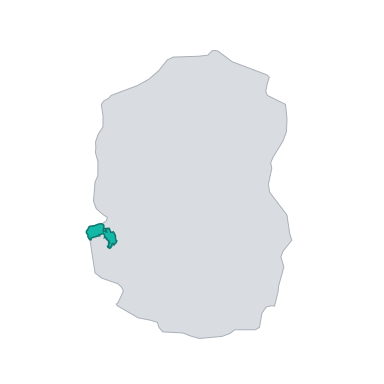 Jegunovtse, Jegunovce, North Macedonia (highlighted), rotated 287°
{"feature_id": "65306769B4612015917677", "entity_name": "Jegunovtse", "entity_type": "district", "adm_level": 2, "iso_a3": "MKD", "parent_name": "North Macedonia", "parent_adm1": "Jegunovce", "projection": "mercator", "projection_center": [21.125, 42.1], "detail": "fine", "context": "in_parent", "style": "filled", "palette": "teal", "viewbox_px": 384, "rotation_deg": 287, "n_neighbors": 0, "source": "geoboundaries", "source_scale": "gbopen_adm2", "svg_char_len": 2704}
<svg xmlns="http://www.w3.org/2000/svg" viewBox="0 0 384 384"><g transform="rotate(287 192 192)"><path d="M173.7,96.4L179.9,97.2L193.3,93.3L201.7,88.0L206.0,87.2L211.7,85.1L219.9,85.4L228.2,87.8L238.7,84.7L249.1,79.7L253.2,81.0L257.7,85.2L260.7,86.4L277.9,108.7L287.3,117.8L298.3,124.7L311.0,129.7L315.5,134.5L323.6,158.2L327.5,167.2L332.8,169.8L334.1,172.4L334.3,175.8L328.3,192.4L325.9,229.5L324.4,232.4L318.0,232.3L309.7,233.1L306.4,235.9L303.1,255.8L289.6,261.5L277.3,264.7L267.0,264.0L248.8,259.3L242.9,258.7L237.8,261.4L221.6,262.8L214.5,266.3L197.8,289.5L180.9,297.5L175.1,301.5L162.2,296.4L156.0,295.9L147.1,301.8L127.5,302.3L122.2,303.4L107.1,304.3L106.4,301.1L103.6,296.5L96.6,294.3L82.2,296.1L78.7,292.7L72.7,273.1L68.1,269.9L62.9,263.3L54.1,241.9L53.9,232.5L54.5,224.3L49.7,205.0L52.7,200.1L57.2,197.0L57.2,189.2L55.9,177.4L61.3,154.1L62.7,152.4L64.1,153.5L77.1,155.4L80.4,152.4L82.6,147.8L83.2,130.8L86.3,122.9L117.7,107.8L126.9,107.3L134.0,114.2L139.6,118.6L143.0,118.5L144.2,114.0L148.0,105.4L154.4,100.5L173.5,96.3L173.7,96.4Z" fill="#d9dde1" stroke="#a8b0b8" stroke-width="1"/><path d="M127.7,131.6L129.6,130.0L130.9,128.3L130.2,127.6L130.0,126.6L129.6,126.2L133.0,123.4L132.5,123.0L132.7,122.1L132.2,121.9L131.8,119.9L131.4,119.5L130.6,120.3L130.6,120.9L128.7,122.0L128.7,121.2L129.1,120.5L129.1,119.1L128.2,118.8L128.7,118.5L129.9,118.5L130.9,118.1L132.5,118.2L133.2,117.7L134.1,117.5L134.8,116.9L134.8,116.7L135.0,116.2L135.1,115.3L135.1,115.0L135.1,114.5L134.9,113.7L134.7,113.3L134.1,112.3L133.9,112.0L133.7,111.5L133.2,111.0L132.5,110.1L132.0,109.4L131.7,109.0L131.2,108.6L130.8,107.5L130.5,106.8L130.4,106.6L129.9,105.7L129.7,105.0L129.5,104.7L129.2,104.1L129.0,103.9L128.9,103.9L128.6,103.8L127.7,103.6L127.2,103.5L126.1,103.3L125.6,103.2L125.0,103.2L124.5,102.9L124.4,102.6L123.8,102.5L123.3,102.6L122.9,102.7L122.4,102.8L121.8,103.2L121.6,103.5L121.5,103.8L121.0,104.5L120.4,105.0L120.0,105.2L119.5,105.3L119.1,105.4L118.4,105.9L118.0,106.3L117.7,106.6L117.2,107.2L117.1,107.3L116.8,107.9L116.4,108.4L116.9,109.5L117.7,109.0L118.7,109.2L121.1,113.0L122.0,113.8L121.8,114.2L122.8,115.5L123.1,116.4L124.1,115.6L124.4,116.7L126.3,118.9L126.0,119.6L125.9,120.2L124.6,121.3L123.4,121.5L123.6,121.6L123.1,122.0L123.4,122.4L123.0,123.1L122.6,123.2L122.4,124.2L121.9,124.0L121.5,124.6L121.0,126.8L120.4,126.7L120.1,127.3L119.6,127.0L119.2,128.1L118.4,127.5L117.4,127.4L116.3,128.1L115.5,127.2L115.3,127.5L115.2,127.3L114.5,127.7L114.2,129.4L114.3,130.1L114.9,130.0L115.3,130.6L115.6,130.4L117.1,131.2L118.6,130.6L119.6,131.3L118.5,132.8L119.4,132.9L120.4,133.9L122.2,134.3L123.2,134.4L123.2,133.6L125.8,132.2L127.7,131.6Z" fill="#14b8a6" stroke="#0f766e" stroke-width="1.5"/></g></svg>